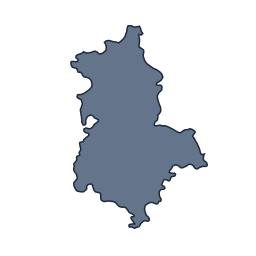 outline of Babruysk, Mogilev, Belarus, rotated 255°
{"feature_id": "67162791B49466941565536", "entity_name": "Babruysk", "entity_type": "district", "adm_level": 2, "iso_a3": "BLR", "parent_name": "Belarus", "parent_adm1": "Mogilev", "projection": "orthographic", "projection_center": [29.167, 53.064], "detail": "fine", "context": "isolated", "style": "filled", "palette": "slate", "viewbox_px": 256, "rotation_deg": 255, "n_neighbors": 0, "source": "geoboundaries", "source_scale": "gbopen_adm2", "svg_char_len": 5132}
<svg xmlns="http://www.w3.org/2000/svg" viewBox="0 0 256 256"><g transform="rotate(255 128 128)"><path d="M226.5,154.3L225.1,153.3L220.9,151.4L219.3,150.2L217.3,149.0L216.0,147.5L214.5,145.2L213.7,143.6L212.6,141.2L214.1,138.7L215.3,135.9L216.5,134.0L217.5,132.1L217.8,129.7L216.9,127.4L214.9,128.0L212.1,128.1L209.0,127.0L207.8,125.0L206.7,122.5L206.8,119.6L207.7,118.8L209.4,117.9L210.7,116.2L210.9,114.6L210.6,112.4L210.7,109.3L211.3,107.1L212.7,105.2L213.2,104.9L212.5,103.8L212.0,101.7L211.9,98.7L211.3,96.7L209.6,95.9L208.0,96.8L207.0,97.5L205.4,96.7L205.5,94.5L206.0,93.4L206.5,92.2L206.8,91.1L206.7,90.2L205.6,89.6L203.9,89.4L201.3,89.9L200.2,91.3L199.8,92.5L198.8,93.7L196.4,94.2L194.9,94.3L194.3,95.7L194.1,96.6L192.8,97.4L191.6,97.6L189.3,98.3L188.3,99.6L187.5,101.4L186.6,102.7L185.7,103.7L183.5,104.6L181.8,104.7L179.3,104.5L177.3,103.7L176.2,102.3L174.8,100.0L174.1,98.1L173.2,95.8L172.6,93.0L172.6,91.6L172.5,90.4L173.0,89.3L173.1,87.9L171.8,87.0L170.4,86.9L169.0,88.4L167.5,89.9L165.9,90.3L163.2,90.1L161.4,89.1L159.7,88.0L158.4,86.9L157.1,86.5L154.3,86.3L152.7,86.1L149.8,85.8L148.4,85.5L145.6,84.9L142.6,85.4L142.0,86.9L143.1,88.4L144.5,88.7L146.4,89.2L147.7,90.0L149.3,91.6L150.0,93.1L150.1,95.4L149.3,96.8L148.2,97.5L146.2,98.4L145.9,98.9L144.5,100.6L143.8,101.3L142.5,101.4L141.2,99.1L140.8,97.7L140.3,96.5L139.3,95.5L138.2,94.3L137.3,92.5L137.2,90.9L137.7,89.4L138.4,88.4L138.9,87.3L138.4,85.2L136.4,84.6L134.7,85.6L133.8,87.2L133.1,88.2L132.1,88.7L131.1,88.3L130.1,86.4L129.7,85.1L129.2,84.0L128.1,82.2L127.0,81.7L126.4,80.7L126.5,78.5L126.5,77.8L125.5,77.2L121.8,77.0L120.4,77.0L118.8,76.4L118.0,75.5L117.2,74.6L116.4,74.3L115.1,74.6L114.1,74.2L114.0,72.7L113.8,71.3L112.8,70.6L111.5,70.4L110.0,69.9L108.8,68.4L107.9,67.0L107.2,66.3L105.7,66.3L104.2,65.8L102.4,64.8L100.3,64.8L98.1,65.6L97.0,66.2L95.7,66.2L93.0,66.1L92.2,65.8L91.5,64.8L90.2,62.9L89.1,61.5L87.7,61.0L85.8,60.9L83.5,61.2L81.7,61.8L80.3,62.5L79.5,64.0L78.7,65.6L78.3,66.8L77.9,68.6L78.6,70.1L79.0,71.0L80.1,72.5L81.8,72.7L82.9,73.5L83.7,75.1L83.8,75.9L83.5,77.3L83.2,78.2L82.4,78.8L80.8,78.9L79.1,78.8L77.0,79.0L75.5,79.5L74.5,80.3L74.1,81.2L73.6,82.3L72.5,84.0L71.4,84.4L70.1,84.3L68.8,83.8L67.2,83.5L65.7,83.4L64.3,84.2L63.1,86.0L62.8,87.6L62.7,89.6L62.2,91.3L61.3,93.4L60.8,94.7L59.9,95.9L58.8,97.0L57.3,97.6L55.7,98.4L54.6,99.1L53.7,100.4L53.1,101.6L52.6,103.8L51.7,105.0L50.6,105.7L48.7,106.5L47.1,106.9L46.3,107.3L45.2,108.2L44.4,109.4L43.8,109.9L43.0,110.7L41.8,111.2L41.0,110.9L41.1,109.6L41.3,108.6L40.9,107.8L40.0,107.6L39.0,107.8L37.7,108.2L36.1,108.9L34.6,109.5L33.6,109.6L34.1,108.0L34.3,106.1L34.4,104.2L32.8,103.5L32.1,103.6L31.9,104.7L31.5,105.6L30.7,107.0L29.4,108.4L29.7,109.4L29.8,112.0L30.0,113.1L30.8,114.2L32.2,115.6L33.2,117.1L33.8,118.3L34.1,119.8L33.9,120.9L33.4,122.0L32.8,122.8L32.9,123.8L33.6,124.8L34.7,125.0L36.4,124.8L38.0,123.7L38.9,123.1L40.3,123.0L42.7,122.8L45.3,123.0L46.5,123.4L47.8,124.0L48.5,124.7L49.2,125.6L49.6,126.8L50.1,128.7L50.3,130.0L49.8,132.2L49.2,133.3L48.5,133.9L47.9,134.7L47.2,136.0L47.3,137.2L47.9,137.9L49.0,138.7L49.1,139.1L48.8,140.4L49.2,140.9L49.7,141.3L50.4,141.5L51.3,141.5L53.1,140.8L55.1,140.9L56.8,141.2L58.1,141.6L58.9,142.2L59.7,143.2L60.0,144.4L59.8,146.2L59.7,147.6L60.5,148.1L61.9,148.0L62.8,147.1L63.5,146.4L64.4,145.9L65.4,146.5L66.4,147.3L67.6,148.2L68.6,149.7L68.6,150.6L68.3,151.3L67.6,152.5L66.7,153.0L66.3,154.2L66.5,154.8L67.7,155.7L68.8,156.3L69.6,157.4L69.6,158.5L69.5,159.7L69.7,161.0L70.9,162.0L72.1,161.5L72.6,160.0L73.0,158.5L74.2,156.5L75.1,156.5L76.0,157.4L76.9,158.7L78.3,160.2L79.6,161.3L80.2,163.5L79.9,164.8L79.2,166.0L78.1,167.3L76.7,168.1L75.8,168.9L75.5,170.4L75.6,171.7L76.0,173.1L76.0,174.3L76.5,175.5L77.2,177.0L76.7,179.1L75.9,180.2L74.9,181.2L73.0,181.8L72.2,182.1L71.0,183.1L70.6,184.0L70.8,185.3L71.4,186.8L71.5,188.6L71.6,190.0L71.2,191.6L70.8,193.2L71.0,194.5L72.4,195.1L73.7,195.0L74.8,194.6L75.7,193.9L76.5,193.1L77.9,192.7L79.4,193.0L81.2,193.7L82.4,194.4L83.1,195.0L83.1,192.6L84.4,191.6L87.4,191.6L89.7,191.6L93.1,191.0L95.3,190.7L98.0,189.8L99.5,189.6L100.8,189.3L102.8,188.4L104.3,189.0L105.4,190.7L106.7,191.9L108.3,191.2L109.8,189.8L110.8,188.5L111.3,187.3L111.0,185.8L111.2,183.7L111.5,182.3L111.0,180.5L110.1,178.5L109.8,176.9L110.8,175.4L112.5,173.6L114.6,171.6L116.1,170.1L118.4,167.4L120.0,165.4L120.8,163.7L121.2,161.5L122.4,159.9L122.7,157.9L122.7,156.4L123.3,154.6L124.3,154.2L126.2,155.0L127.2,156.4L128.1,158.5L130.3,159.5L132.6,160.1L134.2,162.5L136.0,164.1L139.7,164.8L141.9,164.4L145.6,164.2L148.8,164.2L151.2,164.5L153.5,166.2L154.5,167.8L156.1,170.4L158.6,171.4L160.1,171.3L160.8,170.8L161.4,168.9L161.9,167.1L162.6,166.6L163.9,167.3L164.4,168.5L164.6,170.0L165.7,172.5L168.1,174.9L171.4,174.6L174.0,173.2L176.8,170.8L179.3,167.7L182.3,165.3L185.6,162.6L188.6,161.6L192.7,161.3L194.6,161.5L196.8,162.7L198.6,163.2L199.8,162.9L201.5,161.5L202.8,160.1L204.9,159.8L206.3,160.6L208.8,161.6L211.7,162.3L213.7,162.2L215.6,162.8L214.4,164.9L215.5,166.8L218.0,165.8L220.8,165.9L223.3,165.4L223.4,163.7L223.7,160.2L224.5,159.3L226.1,157.4L226.6,154.4L226.5,154.3Z" fill="#64748b" stroke="#1e293b" stroke-width="1.5"/></g></svg>